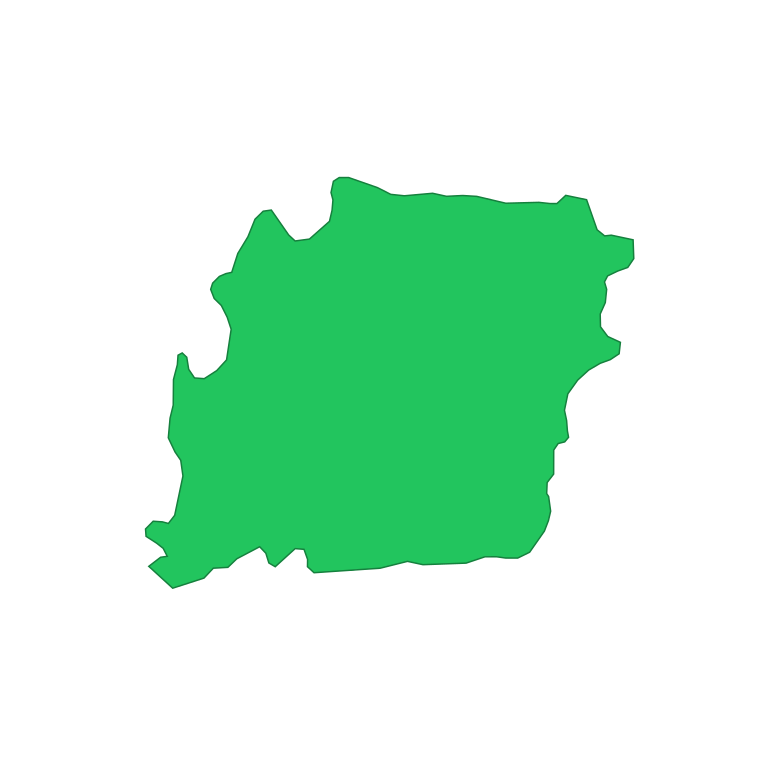 outline of Ibb, rotated 340°
{"feature_id": "YEM-156", "entity_name": "Ibb", "entity_type": "Governorate", "adm_level": 1, "iso_a3": "YEM", "parent_name": "Yemen", "parent_adm1": "", "projection": "albers", "projection_center": [44.186, 14.073], "detail": "fine", "context": "isolated", "style": "filled", "palette": "green", "viewbox_px": 768, "rotation_deg": 340, "n_neighbors": 0, "source": "natural_earth", "source_scale": "10m", "svg_char_len": 1647}
<svg xmlns="http://www.w3.org/2000/svg" viewBox="0 0 768 768"><g transform="rotate(340 384 384)"><path d="M133.7,441.3L142.4,435.8L163.6,401.7L166.9,386.2L164.4,376.4L162.9,360.8L171.3,342.9L178.7,331.8L187.7,307.8L196.4,295.2L200.3,286.5L205.0,285.8L207.8,291.4L205.5,303.4L208.0,313.5L216.9,317.5L231.4,314.2L244.3,307.5L259.1,280.3L259.5,267.5L258.0,254.6L253.7,245.6L253.5,235.8L257.5,230.6L266.1,226.6L273.2,226.2L279.1,227.0L291.3,211.3L306.5,199.1L319.2,185.0L329.6,180.3L337.6,182.0L345.4,211.4L349.4,219.2L363.5,222.3L388.4,212.5L394.6,203.0L399.0,193.5L399.7,186.0L405.8,176.2L412.5,174.7L421.4,177.9L445.1,197.3L455.2,208.1L467.5,214.1L494.9,221.4L506.9,229.0L522.4,233.8L535.3,239.4L560.3,255.8L591.7,266.3L601.7,271.2L608.2,273.6L619.3,268.9L637.4,280.1L637.0,312.0L642.0,320.3L648.5,321.9L667.4,333.7L661.6,351.6L653.0,357.8L642.3,357.8L631.1,358.9L626.1,363.5L625.6,371.2L619.8,383.2L611.1,392.2L607.0,404.3L610.5,415.9L620.4,425.7L615.3,436.0L605.0,438.5L594.2,438.5L581.1,440.9L567.3,446.6L553.4,456.1L544.6,470.4L543.1,480.8L540.3,490.8L539.2,497.2L534.0,500.2L527.3,499.5L520.9,504.1L512.6,526.7L503.6,532.4L499.4,542.6L500.2,546.1L497.1,560.5L491.8,568.6L484.4,577.1L463.3,591.9L450.1,593.3L438.7,589.1L430.6,584.8L419.7,580.9L399.9,580.4L358.8,567.1L345.4,558.7L317.5,555.8L253.7,537.4L249.6,529.5L252.2,522.7L252.3,512.0L244.2,508.3L219.3,518.5L214.6,512.8L215.1,502.6L211.5,494.4L185.9,497.9L174.6,502.9L160.6,498.7L148.5,504.8L115.6,503.6L100.6,474.9L114.8,470.4L121.4,471.8L120.3,462.9L115.9,455.8L108.3,445.8L110.3,438.7L120.2,434.0L128.7,437.8L133.7,441.3Z" fill="#22c55e" stroke="#15803d" stroke-width="1.5"/></g></svg>